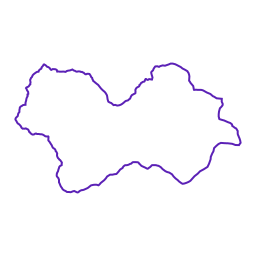 the district of Serthig, Samdrup Jongkhar, Bhutan
{"feature_id": "84629894B58083807854661", "entity_name": "Serthig", "entity_type": "district", "adm_level": 2, "iso_a3": "BTN", "parent_name": "Bhutan", "parent_adm1": "Samdrup Jongkhar", "projection": "robinson", "projection_center": [91.922, 27.007], "detail": "fine", "context": "isolated", "style": "outline", "palette": "violet", "viewbox_px": 256, "rotation_deg": 0, "n_neighbors": 0, "source": "geoboundaries", "source_scale": "gbopen_adm2", "svg_char_len": 5647}
<svg xmlns="http://www.w3.org/2000/svg" viewBox="0 0 256 256"><path d="M239.0,145.1L239.7,144.0L240.6,142.8L240.2,140.6L239.5,138.4L238.7,136.6L238.4,135.7L237.9,134.7L237.7,133.6L237.7,131.0L236.2,128.5L235.0,127.9L234.3,127.4L233.2,126.5L232.3,126.0L232.0,124.4L230.3,123.0L228.0,122.2L226.2,121.4L224.2,120.5L222.0,119.9L219.4,119.1L219.1,118.4L219.0,117.4L218.7,116.8L218.7,114.2L219.0,111.6L219.9,108.3L221.2,107.0L222.5,105.4L222.7,104.5L222.6,103.5L222.0,102.4L221.7,101.4L221.8,98.8L216.6,98.3L214.1,96.7L212.9,96.2L210.4,94.0L206.8,92.5L203.3,90.5L202.2,90.1L201.2,89.9L198.0,89.9L195.9,89.7L194.1,89.9L193.7,88.9L193.6,88.0L193.2,86.0L190.6,83.0L189.8,81.6L189.1,80.7L189.4,76.4L189.1,74.7L188.5,72.9L187.9,72.1L187.4,71.2L184.9,69.7L182.5,68.5L180.7,67.0L178.5,65.9L176.6,64.9L175.1,64.2L172.7,63.6L170.6,63.6L168.8,64.4L165.0,65.7L162.7,65.4L160.6,66.0L159.5,66.5L159.2,66.8L158.7,66.8L158.0,66.5L157.5,66.3L155.4,66.4L155.1,66.6L153.7,68.6L153.0,70.4L152.7,70.6L151.8,71.5L151.3,72.1L151.2,72.6L151.3,73.3L151.5,73.9L151.6,74.5L151.7,74.8L152.0,75.7L152.5,77.5L152.3,78.3L152.1,78.9L152.0,79.5L151.3,79.5L150.0,79.2L149.1,79.1L148.5,79.6L147.7,79.9L147.3,79.8L146.8,79.6L146.4,79.2L146.0,79.0L145.7,79.0L145.3,79.4L144.5,81.4L144.2,81.6L143.2,81.8L142.6,82.0L142.1,82.5L141.7,82.6L141.1,83.0L140.6,83.7L140.2,84.5L139.7,85.0L139.4,85.1L139.4,85.7L139.3,86.0L139.0,86.4L138.3,86.8L137.3,87.3L136.4,88.0L135.6,89.3L135.4,89.9L135.4,90.5L135.5,91.3L135.4,93.1L135.0,93.5L133.7,94.1L131.8,95.2L131.6,95.5L130.9,96.6L130.4,97.9L130.0,98.7L129.1,99.3L128.1,100.3L126.8,100.7L125.9,100.9L125.0,101.5L123.8,102.6L122.3,103.8L120.8,104.7L119.1,105.3L117.7,105.5L117.0,105.5L115.3,104.9L113.5,105.1L112.5,104.1L111.2,103.0L110.3,102.7L109.2,102.2L108.3,101.6L107.6,99.3L107.2,96.5L106.9,95.2L106.2,94.0L105.6,93.0L104.6,91.8L102.7,90.2L101.0,88.5L98.1,84.8L97.1,84.1L96.0,83.2L95.1,82.5L94.3,81.7L93.3,81.1L93.1,80.3L92.6,79.6L92.3,78.8L92.3,78.3L92.1,77.8L91.8,77.6L91.3,77.2L91.0,76.5L90.5,75.5L89.9,74.6L89.5,74.0L88.3,73.8L87.1,73.8L86.0,74.3L85.3,74.2L84.1,73.2L83.7,72.7L83.2,72.6L82.0,71.9L81.1,72.0L80.4,71.6L79.1,71.4L78.1,71.4L76.9,71.7L75.8,71.4L74.9,70.8L73.8,70.5L72.4,69.5L70.0,70.4L67.9,70.7L66.6,71.1L65.6,71.9L65.3,71.9L64.9,71.8L63.9,71.6L62.5,71.6L61.8,71.7L59.9,71.7L59.3,71.6L57.9,71.4L57.4,71.6L57.2,71.6L56.9,70.4L56.8,70.0L56.0,69.5L55.1,69.2L52.6,69.1L51.7,69.7L51.2,69.9L50.9,69.7L50.3,69.1L49.8,68.2L48.8,67.4L48.1,67.0L47.3,66.9L46.6,66.2L46.0,65.6L45.2,65.0L44.1,64.4L43.6,64.6L43.3,65.3L42.9,65.9L41.5,67.5L41.5,68.2L41.3,68.6L40.7,69.1L39.8,69.5L39.1,70.3L38.7,71.1L38.5,71.7L37.3,71.8L36.8,72.0L35.8,72.6L34.6,73.5L33.8,74.1L33.0,74.9L32.6,75.4L32.4,75.9L32.0,76.9L30.9,78.1L30.7,78.8L30.2,79.7L30.2,80.7L30.5,82.0L30.5,82.7L30.2,83.8L30.3,84.4L29.4,85.2L28.9,86.1L28.5,86.5L28.0,86.8L27.4,87.0L26.3,87.6L26.0,88.1L26.5,88.8L26.9,90.0L27.5,91.0L28.1,91.8L28.2,92.7L28.3,93.9L27.5,94.4L27.4,95.1L27.7,95.6L27.5,96.5L27.0,97.2L26.6,98.2L26.3,99.3L26.2,100.3L25.7,102.0L25.5,102.8L25.5,104.8L24.0,104.9L22.8,105.2L21.9,105.9L20.9,106.4L20.3,106.9L19.8,107.7L19.7,108.8L19.4,110.0L19.4,112.0L18.3,113.4L17.7,116.1L17.0,116.8L16.3,117.4L15.7,118.2L15.4,119.2L15.7,120.1L16.5,121.2L17.2,122.7L18.1,123.7L19.0,124.2L19.9,125.1L20.9,126.3L21.3,127.1L21.3,127.4L21.9,128.1L22.7,128.7L23.6,128.6L24.9,128.7L25.8,128.4L28.2,129.6L28.4,130.0L28.8,130.7L29.1,131.8L29.6,132.2L30.2,132.5L30.5,133.3L32.3,134.5L33.0,134.6L33.8,134.4L34.3,134.3L34.9,133.8L36.0,133.5L36.4,133.8L37.1,134.0L38.1,134.0L39.0,134.0L40.2,134.3L41.0,134.2L42.5,134.5L43.1,134.8L44.1,135.4L45.2,136.2L45.9,136.4L47.5,136.5L48.2,136.4L48.5,136.8L48.4,138.7L48.3,140.2L48.9,141.2L49.5,141.7L50.2,143.0L50.6,143.4L50.9,144.1L51.6,145.0L52.5,147.1L53.0,147.8L53.6,148.3L54.4,148.7L55.0,149.3L55.6,150.4L55.6,151.0L56.4,151.9L56.6,152.2L57.2,153.6L57.0,154.9L57.1,156.0L57.6,157.3L57.9,157.9L59.0,159.0L59.3,159.6L59.9,159.9L60.3,160.3L61.5,162.0L61.8,162.4L61.9,162.9L61.7,163.4L61.7,164.6L61.7,165.1L61.2,165.4L60.2,165.9L59.5,166.6L59.1,167.3L59.0,168.0L58.6,169.0L58.3,170.0L58.0,171.3L57.6,172.0L57.2,172.5L57.1,173.2L56.8,173.8L56.7,175.7L56.9,176.4L57.9,177.6L58.3,178.0L58.6,178.8L58.9,179.4L59.0,180.1L59.0,182.4L59.5,183.3L60.5,185.8L61.2,187.0L61.9,187.9L62.4,188.9L63.4,189.9L64.4,190.5L65.6,191.0L66.8,191.9L67.5,192.0L68.8,192.0L69.9,192.1L70.6,192.2L71.3,192.0L72.7,191.4L74.2,191.0L75.3,191.5L76.7,192.2L77.3,192.4L77.9,192.4L79.1,191.6L79.5,191.1L81.4,190.2L82.4,190.1L83.7,189.8L86.9,188.4L88.0,187.8L91.0,185.4L92.2,185.1L93.8,184.8L95.6,184.7L96.9,184.8L97.7,185.1L98.5,185.3L99.0,184.9L99.8,184.1L100.8,182.9L104.2,180.2L105.9,178.3L107.1,176.5L108.7,175.5L110.0,174.7L112.3,174.7L114.5,174.2L116.3,174.0L116.8,173.6L118.8,171.3L120.0,169.7L121.4,168.7L122.5,168.1L122.7,167.6L123.4,166.5L124.7,165.4L125.4,165.2L126.5,165.2L127.7,165.0L128.8,164.6L130.1,163.9L131.3,163.6L132.1,162.7L132.9,162.2L134.0,162.1L137.2,162.2L138.1,162.4L138.5,162.6L139.4,163.9L140.2,164.5L140.9,165.4L141.7,166.0L145.4,167.7L146.6,168.4L147.4,168.7L148.0,168.6L149.1,167.7L150.2,167.0L151.0,166.2L151.8,165.3L152.6,165.1L155.2,165.1L156.5,165.3L157.3,165.6L158.5,165.8L160.7,167.1L162.6,169.1L165.4,171.2L167.1,172.0L169.3,172.6L172.0,174.3L173.6,176.5L175.3,178.2L176.6,179.3L177.4,179.8L179.1,181.5L181.6,183.3L182.7,183.8L184.4,183.5L186.5,182.8L188.6,181.9L190.4,180.8L194.5,176.2L197.7,173.7L200.0,171.3L203.7,169.3L207.5,166.9L209.0,163.8L210.6,159.3L210.8,156.8L212.3,153.3L213.4,151.4L214.1,148.1L216.1,146.1L218.5,144.0L220.9,142.9L224.9,143.2L227.9,143.3L232.2,143.8L235.4,145.0L239.0,145.1Z" fill="none" stroke="#5b21b6" stroke-width="2"/></svg>